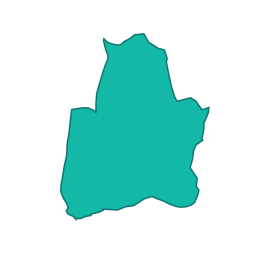 Koytendag, Chardzhou, Turkmenistan (orthographic projection), rotated 73°
{"feature_id": "10190150B64529450546528", "entity_name": "Koytendag", "entity_type": "district", "adm_level": 2, "iso_a3": "TKM", "parent_name": "Turkmenistan", "parent_adm1": "Chardzhou", "projection": "orthographic", "projection_center": [66.04, 37.77], "detail": "fine", "context": "isolated", "style": "filled", "palette": "teal", "viewbox_px": 256, "rotation_deg": 73, "n_neighbors": 0, "source": "geoboundaries", "source_scale": "gbopen_adm2", "svg_char_len": 1299}
<svg xmlns="http://www.w3.org/2000/svg" viewBox="0 0 256 256"><g transform="rotate(73 128 128)"><path d="M37.9,125.9L43.0,126.2L47.9,126.4L52.5,125.9L56.5,127.2L60.7,131.0L67.5,135.8L68.6,136.6L76.6,141.9L86.0,147.9L95.3,151.5L99.8,152.8L100.0,152.9L103.7,154.4L101.1,155.6L97.2,160.2L95.6,164.9L93.9,176.4L102.6,180.4L114.0,185.1L124.7,190.5L136.2,194.6L145.6,200.0L156.4,205.3L163.1,208.7L168.5,210.7L172.6,210.7L177.3,210.0L182.7,208.6L186.7,208.6L189.4,211.3L192.8,210.6L192.7,210.6L196.8,205.9L200.2,204.5L199.4,204.1L200.8,199.1L200.1,195.1L200.8,189.0L199.6,188.6L200.0,180.3L199.3,175.6L198.4,175.3L203.3,162.1L202.6,153.4L203.9,145.3L202.5,140.0L200.5,133.3L200.4,125.3L204.4,120.6L207.7,115.9L212.4,111.1L217.0,105.1L219.0,101.1L220.3,95.7L220.3,90.4L218.9,86.4L212.9,81.1L208.2,78.4L203.7,79.7L196.2,76.5L190.4,78.3L184.3,80.2L176.2,75.2L168.8,71.9L164.1,67.9L161.5,60.0L160.2,60.6L151.5,56.0L145.5,54.0L140.1,49.3L136.8,46.7L133.0,45.2L132.1,44.7L132.3,49.9L131.8,52.2L122.4,55.1L117.4,59.3L116.9,73.3L111.5,74.3L101.5,74.4L89.1,73.4L82.3,72.7L76.2,72.0L73.0,70.3L64.0,70.4L60.7,75.8L51.9,83.2L42.6,85.3L42.3,86.7L40.8,94.3L43.1,100.4L44.2,106.5L44.8,107.7L46.4,111.1L44.7,115.9L40.1,122.6L35.7,124.9L37.0,125.7L37.9,125.9Z" fill="#14b8a6" stroke="#0f766e" stroke-width="1.5"/></g></svg>